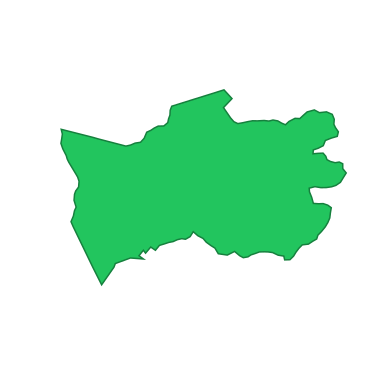 Gramado, Rio Grande do Sul, Brazil (Albers equal-area conic projection), rotated 106°
{"feature_id": "56859067B38630420748916", "entity_name": "Gramado", "entity_type": "district", "adm_level": 2, "iso_a3": "BRA", "parent_name": "Brazil", "parent_adm1": "Rio Grande do Sul", "projection": "albers", "projection_center": [-50.903, -29.392], "detail": "fine", "context": "isolated", "style": "filled", "palette": "green", "viewbox_px": 384, "rotation_deg": 106, "n_neighbors": 0, "source": "geoboundaries", "source_scale": "gbopen_adm2", "svg_char_len": 1932}
<svg xmlns="http://www.w3.org/2000/svg" viewBox="0 0 384 384"><g transform="rotate(106 192 192)"><path d="M188.8,54.3L183.9,53.0L179.0,52.4L174.0,53.2L168.7,53.8L167.2,57.9L167.0,62.8L168.4,67.0L169.5,72.2L164.1,75.5L159.5,79.1L156.0,80.4L153.0,75.3L152.3,69.3L150.7,64.1L148.5,59.2L146.0,55.5L141.8,52.0L135.7,50.3L131.2,49.0L128.0,53.5L123.3,54.9L122.6,58.7L124.4,62.5L124.5,67.4L123.7,71.2L120.8,73.2L118.5,76.7L120.1,81.5L121.9,86.2L118.1,87.0L115.2,82.8L111.3,78.6L105.7,78.0L101.7,72.8L98.5,67.7L93.8,67.9L90.6,71.8L87.8,74.3L82.9,75.3L78.7,78.6L77.9,84.8L80.6,91.4L79.4,97.0L83.3,103.4L87.7,106.2L91.7,108.6L92.8,113.3L97.4,118.2L101.6,120.7L101.1,124.8L100.0,129.1L100.5,134.0L102.6,137.6L103.4,142.4L105.6,148.7L106.8,153.3L108.8,157.4L111.7,162.8L113.6,166.8L112.9,171.1L110.2,175.3L102.2,185.0L91.2,179.3L85.0,189.4L115.1,235.1L119.4,235.5L124.2,234.4L128.1,234.7L132.0,234.4L136.3,237.3L138.0,242.7L141.0,246.0L144.0,248.5L147.0,252.0L153.6,252.8L158.4,255.2L160.7,260.2L163.8,264.0L166.1,268.2L166.8,296.5L166.8,302.5L167.8,335.0L172.0,332.6L176.8,331.9L181.4,331.4L186.1,328.1L191.7,322.9L194.6,321.1L197.3,318.7L206.6,308.7L209.2,306.0L212.9,303.5L218.5,302.4L223.1,304.1L226.6,304.3L232.5,303.1L238.5,299.2L242.4,299.8L247.8,299.4L253.9,300.1L257.8,296.9L291.8,266.5L306.1,253.3L285.8,246.3L281.9,246.0L272.4,233.0L269.8,220.2L267.9,225.4L261.4,222.7L263.6,219.8L256.3,216.5L258.1,211.1L252.3,208.6L249.4,204.1L246.8,200.3L244.9,196.5L241.9,193.0L239.7,189.0L239.2,185.2L235.4,181.5L229.8,179.9L232.4,174.4L233.6,168.5L236.3,164.5L238.3,159.0L239.6,154.5L244.1,149.7L242.9,140.7L237.4,134.7L240.1,128.6L241.0,124.6L238.9,120.3L236.2,118.0L233.7,114.3L231.0,110.6L229.5,105.8L228.6,102.1L228.0,97.8L229.0,91.8L228.3,86.1L231.7,84.2L230.1,79.2L225.7,76.7L221.3,75.5L216.6,73.7L212.4,71.4L210.0,65.7L206.0,62.3L202.8,59.2L198.8,59.1L194.4,56.7L188.8,54.3Z" fill="#22c55e" stroke="#15803d" stroke-width="1.5"/></g></svg>